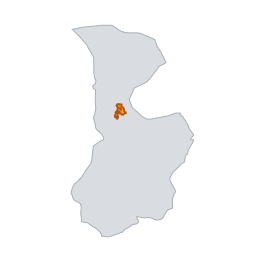 Olaines pag., Olaines, Latvia (highlighted), rotated 83°
{"feature_id": "27541924B81919348432461", "entity_name": "Olaines pag.", "entity_type": "district", "adm_level": 2, "iso_a3": "LVA", "parent_name": "Latvia", "parent_adm1": "Olaines", "projection": "mercator", "projection_center": [24.014, 56.772], "detail": "fine", "context": "in_parent", "style": "filled", "palette": "amber", "viewbox_px": 256, "rotation_deg": 83, "n_neighbors": 0, "source": "geoboundaries", "source_scale": "gbopen_adm2", "svg_char_len": 5053}
<svg xmlns="http://www.w3.org/2000/svg" viewBox="0 0 256 256"><g transform="rotate(83 128 128)"><path d="M186.3,192.4L184.8,192.2L180.7,190.5L177.1,188.1L175.0,184.9L171.4,180.4L169.0,178.2L165.2,175.3L159.0,169.5L156.7,168.2L145.6,165.6L141.6,164.5L137.9,157.8L136.7,154.0L134.8,153.3L132.8,154.1L130.7,154.9L125.7,159.4L124.0,160.0L120.9,160.1L113.7,161.1L110.4,159.4L104.6,157.6L101.5,157.4L98.7,157.4L86.5,155.6L84.3,157.6L82.0,157.9L79.8,154.9L77.1,154.1L74.1,155.1L68.6,155.2L62.1,154.3L53.8,153.5L52.6,153.9L43.4,157.8L41.2,158.4L31.2,165.1L23.3,171.3L22.4,161.4L22.9,141.3L24.1,131.3L29.5,125.4L32.3,120.8L33.9,114.7L34.4,109.0L35.5,104.3L43.4,90.7L49.7,89.3L58.2,85.5L67.7,82.3L69.5,86.4L70.4,89.4L81.9,100.5L84.8,104.2L89.2,116.9L99.8,123.3L108.1,121.3L111.7,118.2L118.4,112.5L121.4,108.3L122.0,104.2L120.8,86.7L119.0,79.0L119.6,74.3L120.8,74.5L123.6,72.2L132.9,67.9L134.8,67.7L136.9,66.9L142.8,63.6L144.6,65.3L146.2,67.3L147.1,67.3L147.5,66.6L147.4,65.3L147.8,64.4L149.5,64.9L156.3,70.3L158.9,71.5L160.7,71.9L162.8,74.4L168.6,76.1L169.3,77.3L169.8,79.0L175.2,85.7L177.6,89.1L182.5,92.2L184.5,92.9L193.0,89.8L195.3,88.7L197.3,88.7L199.2,90.3L203.8,92.5L207.9,93.2L208.6,93.1L212.1,93.3L213.3,94.2L214.1,98.5L218.0,101.8L221.7,104.6L222.6,105.9L222.9,108.4L222.7,111.3L222.2,112.8L220.7,114.5L219.3,118.8L219.2,123.0L217.0,130.1L217.5,130.2L221.9,128.9L223.2,129.7L224.2,131.3L224.5,135.7L225.9,137.7L227.4,140.8L227.9,143.3L230.7,146.1L230.9,148.0L232.6,154.6L233.3,158.4L233.6,161.3L232.7,165.0L232.0,167.5L231.1,167.3L228.6,168.0L224.6,171.0L218.7,178.1L217.1,179.7L215.6,185.0L215.2,185.6L211.8,185.3L210.8,185.2L207.3,185.3L199.8,183.9L196.9,184.8L193.0,190.2L191.6,191.0L187.1,191.8L186.3,192.4Z" fill="#d9dde1" stroke="#a8b0b8" stroke-width="1"/><path d="M110.6,138.2L111.1,138.2L111.2,138.4L111.2,138.5L111.5,138.4L111.5,138.2L111.4,138.2L111.5,138.1L111.6,138.4L111.9,138.3L111.7,138.3L111.6,138.2L111.8,138.2L112.0,138.0L112.1,138.3L112.2,138.5L112.3,138.5L112.2,138.3L112.2,138.2L112.3,138.2L112.4,138.4L112.5,138.5L112.8,138.7L113.0,138.4L113.3,138.3L113.2,138.4L113.3,138.5L113.4,138.8L113.5,139.1L113.4,139.2L113.4,139.3L113.5,139.4L113.7,139.5L113.8,139.5L114.0,139.4L114.2,139.5L114.3,139.6L114.6,139.4L114.5,139.2L114.6,139.3L114.6,139.5L114.8,139.7L114.6,139.7L114.6,139.8L114.9,139.8L114.9,139.4L115.3,139.4L115.6,139.3L115.5,139.1L115.3,139.0L115.0,138.8L115.0,138.7L115.2,138.8L115.3,138.8L115.4,138.7L115.5,138.5L115.5,138.0L115.7,138.3L115.6,138.6L115.9,138.6L116.0,138.4L116.7,138.3L116.9,138.4L117.1,138.3L117.1,138.2L117.4,138.2L117.5,138.0L117.7,137.8L117.4,137.6L117.5,137.4L117.4,137.3L117.4,137.2L117.1,137.1L116.9,137.0L117.0,137.0L117.0,136.9L116.9,136.9L116.7,136.8L116.6,136.7L116.5,136.9L116.3,136.9L115.9,137.0L115.3,136.8L115.4,136.4L112.0,136.7L111.9,136.6L111.8,136.2L112.0,136.2L112.0,135.5L111.6,135.5L111.5,135.9L111.6,136.0L111.8,136.0L111.8,135.9L111.9,136.1L111.7,136.1L111.4,136.0L111.3,135.7L111.1,135.6L110.9,135.6L110.7,135.6L110.5,135.4L110.8,135.3L110.9,135.2L111.1,135.1L111.1,134.9L111.1,134.7L110.3,134.9L110.4,134.7L111.5,134.4L111.4,134.1L111.6,134.1L111.8,134.0L112.0,134.0L112.3,134.1L112.5,134.3L112.6,134.2L112.6,134.3L112.8,134.3L112.8,134.2L113.0,134.2L113.1,133.7L113.0,133.4L114.1,131.9L114.2,132.0L114.2,131.7L114.3,131.4L114.0,131.2L114.2,130.7L113.3,130.2L113.2,130.1L112.9,129.5L113.1,129.3L113.0,129.2L113.1,128.9L113.1,128.6L113.2,128.4L113.2,128.2L112.1,128.5L112.2,128.3L111.9,128.3L111.8,128.5L111.5,129.3L111.4,129.5L111.2,129.6L110.9,129.6L110.7,129.6L110.6,129.9L110.4,129.9L109.4,129.4L109.2,129.5L109.0,129.8L108.9,129.9L108.5,129.6L107.6,130.2L107.2,130.0L106.9,130.2L105.2,132.2L104.1,131.3L103.6,131.4L103.6,131.6L103.7,132.0L103.9,131.9L103.9,132.0L103.6,132.2L103.0,134.1L103.3,134.1L103.2,134.2L103.2,134.3L103.0,134.6L103.0,134.8L102.9,135.0L103.0,135.2L102.9,135.5L102.7,135.5L102.9,135.6L103.0,135.7L103.0,135.8L103.3,135.9L103.4,136.0L103.5,136.0L103.9,136.1L103.9,136.4L104.0,136.4L104.2,136.5L104.3,136.7L104.5,136.5L104.4,136.4L104.5,136.4L104.6,136.5L104.7,136.4L104.7,136.2L104.8,136.2L104.7,136.1L104.8,136.0L105.0,135.8L105.0,135.7L105.1,135.9L104.8,136.2L105.1,136.0L105.2,136.4L105.2,136.5L105.2,136.4L105.3,136.5L105.4,136.4L105.5,136.4L105.5,136.2L105.5,135.9L105.4,135.9L105.5,135.8L105.8,135.7L106.0,135.6L106.2,135.4L106.3,135.4L106.3,135.5L106.2,135.6L106.3,135.7L106.5,135.7L106.8,135.6L107.0,135.5L107.3,135.6L107.5,135.6L107.5,135.4L107.7,135.2L107.8,135.2L108.0,135.2L107.9,135.2L107.9,135.4L107.9,135.6L107.9,135.8L108.0,135.9L108.1,136.1L108.0,136.3L108.2,136.5L110.1,136.2L110.0,136.5L110.1,136.8L110.3,137.0L110.6,137.3L110.3,137.7L110.5,137.9L110.4,137.9L110.5,138.0L110.6,138.2ZM107.9,132.3L107.9,132.5L108.1,132.5L108.3,132.8L108.5,132.5L108.7,132.8L109.0,132.9L108.4,133.3L108.3,133.5L107.9,133.9L107.9,133.7L107.5,133.9L107.4,133.8L107.1,133.6L107.4,133.4L107.5,133.2L107.2,132.8L107.2,132.7L107.4,132.5L107.5,132.5L107.7,132.3L107.7,132.2L107.7,132.3L107.9,132.3Z" fill="#f59e0b" stroke="#b45309" stroke-width="1.5"/></g></svg>